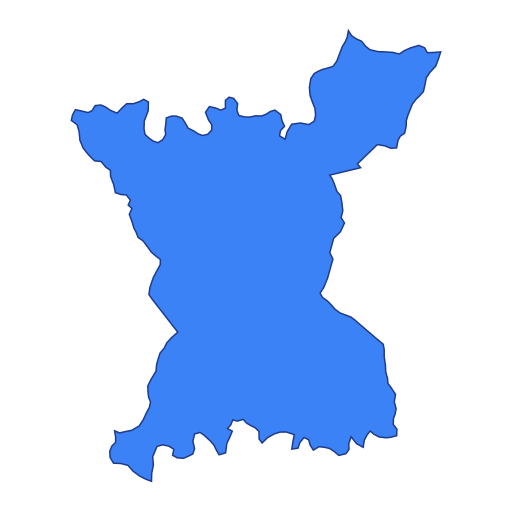 the district of Faxinal dos Guedes, Santa Catarina, Brazil
{"feature_id": "56859067B8345863694460", "entity_name": "Faxinal dos Guedes", "entity_type": "district", "adm_level": 2, "iso_a3": "BRA", "parent_name": "Brazil", "parent_adm1": "Santa Catarina", "projection": "orthographic", "projection_center": [-52.248, -26.844], "detail": "fine", "context": "isolated", "style": "filled", "palette": "blue", "viewbox_px": 512, "rotation_deg": 0, "n_neighbors": 0, "source": "geoboundaries", "source_scale": "gbopen_adm2", "svg_char_len": 3712}
<svg xmlns="http://www.w3.org/2000/svg" viewBox="0 0 512 512"><path d="M348.4,30.7L347.3,36.9L345.1,42.1L342.4,46.4L339.8,53.1L336.8,61.2L333.0,66.4L327.9,68.0L322.8,69.3L318.3,71.2L314.2,73.6L310.8,78.6L309.4,87.4L310.1,95.6L312.8,103.1L314.9,108.2L315.6,115.2L314.2,121.2L308.9,124.6L300.5,123.0L291.7,124.2L287.2,131.7L285.1,139.2L279.5,135.8L280.5,130.6L284.5,126.3L281.9,120.4L280.8,114.6L274.9,110.1L270.3,111.5L266.2,114.2L261.6,116.0L255.6,115.8L250.3,117.0L245.0,117.0L238.8,115.5L236.9,110.1L237.6,103.6L233.7,98.4L229.1,97.2L225.4,100.4L225.4,108.2L220.7,110.1L215.7,108.0L209.4,106.6L205.5,112.3L208.5,119.9L211.6,124.6L211.8,129.8L207.9,134.2L202.6,135.5L198.2,133.9L193.7,130.9L188.2,128.2L185.5,123.4L182.2,118.2L176.3,116.1L171.5,116.1L166.3,117.9L165.7,124.7L165.0,129.8L165.7,134.6L162.6,139.8L157.8,142.7L152.8,140.9L148.8,137.9L145.0,134.4L144.0,128.7L144.3,121.0L148.2,110.7L148.4,102.0L143.7,99.3L139.7,101.5L133.5,103.7L126.7,103.7L122.6,107.4L117.1,113.1L110.6,110.5L105.4,106.9L100.9,105.0L95.1,105.6L92.2,110.5L88.2,112.6L81.2,110.9L75.4,109.7L72.5,115.0L71.3,120.4L77.1,124.7L79.1,131.4L79.9,140.2L83.1,147.9L86.8,152.8L90.5,156.9L94.7,160.9L101.2,161.5L105.8,167.2L110.4,170.3L110.6,176.5L113.7,184.6L115.4,192.7L121.2,194.6L126.2,194.9L130.4,200.1L128.2,205.1L131.9,208.4L129.3,214.4L132.1,221.9L133.8,227.8L136.4,232.9L138.1,237.5L143.0,240.8L147.8,247.2L151.3,252.1L155.9,256.1L160.3,259.4L160.3,264.5L157.2,270.2L153.5,277.1L151.8,281.8L149.9,287.7L148.9,294.5L152.4,299.5L177.8,332.2L171.8,337.4L166.8,342.8L164.4,347.9L160.1,353.0L158.0,359.5L156.6,364.6L156.0,371.2L151.1,379.3L147.8,386.0L148.0,391.9L148.6,397.2L150.5,401.9L149.4,407.3L146.4,412.9L143.3,419.7L139.1,426.0L131.7,430.3L124.8,431.7L119.6,432.9L114.6,430.8L115.6,436.7L115.6,442.4L112.0,445.9L109.8,451.0L110.1,457.5L113.5,463.2L120.7,463.5L127.9,465.3L133.2,471.3L139.4,475.9L145.6,479.1L151.5,481.3L151.7,473.5L153.4,464.8L152.7,456.7L157.0,446.5L162.5,444.8L168.8,446.1L173.8,449.2L172.6,455.3L177.2,457.8L183.5,458.3L188.5,456.1L192.8,454.0L194.6,448.6L192.9,441.3L194.6,434.0L200.0,432.4L203.9,435.1L207.3,438.2L210.7,441.3L214.1,445.4L216.4,450.2L219.1,454.8L225.6,452.9L226.8,443.5L229.9,437.0L232.3,431.1L227.5,428.6L230.8,424.8L232.8,419.9L237.3,421.1L243.3,419.4L246.7,423.2L250.8,425.6L255.1,427.7L259.0,431.5L259.1,438.9L262.1,443.0L267.4,437.8L274.0,434.0L280.0,432.1L286.2,432.0L294.3,434.6L292.9,441.8L291.8,449.1L298.0,448.2L299.8,442.7L304.0,437.5L308.6,439.7L310.2,445.1L313.3,450.1L319.1,446.7L324.7,447.3L329.9,448.6L334.2,451.5L338.8,455.4L345.9,453.7L349.0,449.4L348.8,443.5L351.1,436.8L356.6,443.7L363.2,447.3L364.3,440.2L367.1,434.9L370.2,431.0L374.0,434.3L379.3,437.0L386.5,437.8L391.1,437.2L396.7,435.7L396.9,429.2L393.2,424.3L393.5,418.4L395.2,413.8L396.1,408.6L394.3,401.9L395.5,394.4L391.1,387.6L388.0,383.6L387.5,378.4L385.7,371.7L385.4,365.0L384.2,356.8L384.2,349.6L383.2,344.2L377.6,339.6L358.9,323.6L355.0,320.1L351.0,317.1L339.9,312.9L334.9,309.1L331.2,304.8L327.1,300.7L322.6,297.6L320.1,293.1L323.8,287.4L327.6,278.0L332.9,259.1L329.8,252.6L333.7,238.3L340.4,231.8L344.5,223.0L341.1,217.6L342.8,210.8L341.9,202.7L340.6,195.6L336.9,191.4L334.4,184.1L332.3,179.0L329.7,175.1L360.6,167.7L357.4,163.9L377.3,144.6L384.6,145.8L390.8,148.2L396.6,147.9L398.0,140.4L400.3,136.1L404.6,133.3L406.2,126.1L406.3,120.7L407.9,115.2L410.1,109.8L412.3,104.2L416.2,99.1L419.8,95.6L423.4,91.6L424.8,85.6L426.3,77.8L429.9,72.4L435.7,66.2L438.4,59.0L440.7,51.9L434.5,52.4L427.3,52.7L424.6,47.8L418.9,45.4L410.7,47.8L404.2,50.7L399.3,54.0L392.8,52.4L385.1,51.9L377.9,51.6L369.9,49.7L365.6,46.2L361.5,41.2L356.1,38.8L351.6,35.7L348.4,30.7Z" fill="#3b82f6" stroke="#1e3a8a" stroke-width="1.5"/></svg>